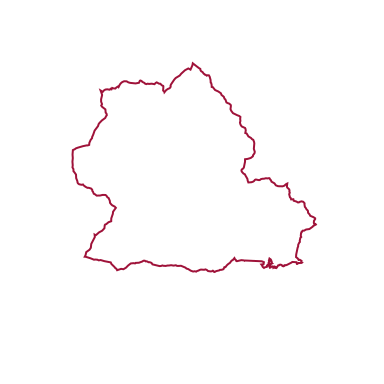 the district of Valea Doftanei, Prahova, Romania, rotated 301°
{"feature_id": "2599482B14208622579694", "entity_name": "Valea Doftanei", "entity_type": "district", "adm_level": 2, "iso_a3": "ROU", "parent_name": "Romania", "parent_adm1": "Prahova", "projection": "natural_earth1", "projection_center": [25.733, 45.364], "detail": "fine", "context": "isolated", "style": "outline", "palette": "rose", "viewbox_px": 384, "rotation_deg": 301, "n_neighbors": 0, "source": "geoboundaries", "source_scale": "gbopen_adm2", "svg_char_len": 6045}
<svg xmlns="http://www.w3.org/2000/svg" viewBox="0 0 384 384"><g transform="rotate(301 192 192)"><path d="M188.1,322.6L187.9,321.8L189.4,321.3L189.4,319.2L188.7,318.4L189.5,316.9L189.8,314.7L192.1,313.5L198.7,311.2L199.8,311.1L201.5,310.2L203.7,310.0L204.8,310.2L205.6,309.5L208.4,308.5L209.7,308.8L210.3,307.9L213.0,306.6L213.8,306.8L214.5,306.4L214.8,306.7L215.9,306.8L216.6,308.0L218.6,309.1L220.7,311.7L224.4,313.3L225.3,313.4L227.9,314.9L228.2,314.2L227.8,312.9L228.3,312.3L230.1,311.4L232.3,311.5L232.9,311.1L233.0,309.1L232.5,305.6L233.3,304.4L234.0,302.2L235.5,301.1L235.8,300.5L236.1,299.1L236.9,297.8L237.4,296.4L239.3,294.8L240.3,294.3L240.9,292.4L240.4,290.7L238.8,289.2L238.3,289.1L237.6,288.2L237.6,286.4L236.9,283.7L238.0,282.6L236.7,280.8L237.7,279.7L237.9,278.7L240.2,276.4L241.7,276.2L242.4,275.3L243.2,275.0L244.3,274.0L244.9,271.3L245.6,270.5L248.3,269.3L247.2,268.6L244.8,267.8L243.5,266.7L241.3,262.8L240.9,260.4L241.9,258.2L241.8,254.8L242.7,253.7L242.9,252.8L243.7,251.3L243.3,250.6L242.5,249.7L241.9,248.3L240.5,246.9L239.8,245.8L238.6,244.5L237.1,243.9L236.5,242.9L235.6,240.3L234.8,239.7L233.3,239.5L232.1,238.9L230.9,237.8L229.2,235.4L230.4,233.9L231.8,232.7L233.8,229.1L234.4,228.3L234.3,226.7L234.9,224.7L235.3,223.9L236.1,223.2L237.0,223.1L238.6,223.8L239.8,223.8L245.2,221.9L247.4,220.6L249.0,222.6L251.4,224.8L253.9,225.8L254.9,225.4L257.4,225.6L258.8,225.1L260.8,222.8L265.7,220.4L266.9,219.4L268.3,217.6L268.2,216.2L268.7,214.8L268.7,211.7L270.1,209.1L270.3,208.6L270.0,207.3L272.4,206.4L273.6,205.4L274.2,204.5L273.8,201.0L274.3,199.6L275.3,198.2L276.3,197.3L277.8,196.9L279.4,195.7L281.3,194.8L281.5,193.4L281.1,191.2L280.7,186.5L281.9,183.6L282.9,182.3L285.4,181.2L286.4,180.6L286.7,179.9L286.9,178.1L286.6,177.0L286.5,175.4L288.5,173.0L288.7,171.8L290.0,170.2L290.4,167.3L291.5,165.9L291.7,162.8L291.3,159.3L292.6,155.8L292.2,154.8L294.0,153.6L295.3,152.3L295.4,151.7L297.6,150.2L299.9,147.8L300.7,146.4L300.1,145.2L299.3,144.7L299.5,143.6L299.2,142.8L299.5,141.9L299.4,141.2L300.3,139.1L300.2,138.1L300.3,137.5L300.9,136.4L301.8,135.7L301.8,133.9L302.7,126.4L300.8,127.1L296.1,127.7L296.0,125.2L292.8,123.3L287.8,121.8L285.5,121.5L281.3,119.3L279.2,118.9L273.5,118.6L272.2,118.8L271.2,119.5L270.1,119.5L269.3,119.3L268.0,118.3L266.1,117.4L263.3,117.0L263.7,116.6L264.1,115.0L267.9,113.0L268.1,112.6L267.9,111.2L268.5,109.1L267.9,108.1L267.8,105.3L266.8,104.7L265.1,104.3L264.1,101.7L262.5,99.5L262.0,98.2L260.9,97.2L260.7,95.8L261.0,95.1L260.8,92.7L261.2,91.6L261.0,90.4L260.5,90.0L258.3,90.3L256.0,87.7L253.7,82.8L253.2,81.0L253.2,79.0L252.0,76.8L250.3,75.6L248.6,75.0L247.1,74.8L244.2,75.0L244.5,74.3L242.5,73.3L241.2,73.0L240.3,71.1L240.1,70.0L238.8,70.1L239.0,69.4L238.7,69.1L237.3,68.8L236.4,66.5L235.2,65.0L233.7,64.2L231.9,63.9L231.9,61.4L229.2,64.7L228.6,65.1L224.7,66.3L222.6,67.6L221.0,69.6L219.3,69.7L218.7,71.2L218.2,75.2L215.6,77.1L215.1,78.4L214.0,79.4L212.5,79.3L210.8,79.5L206.9,77.9L203.4,77.1L202.1,77.0L200.1,77.5L194.5,76.9L190.2,77.8L187.6,78.1L186.7,78.6L184.5,78.3L181.3,78.7L179.4,79.6L178.2,78.6L177.7,77.7L175.1,74.9L171.2,71.3L169.6,70.0L168.3,69.5L166.6,68.3L162.6,70.3L159.6,72.4L156.4,73.9L153.5,76.0L151.5,76.9L150.6,78.5L148.7,79.8L148.4,80.9L147.2,83.6L144.2,85.6L142.3,88.1L141.1,89.1L140.7,89.8L140.5,91.1L140.7,91.9L141.3,93.6L142.3,94.7L141.8,95.8L141.8,97.0L141.6,97.6L141.7,100.2L142.4,101.3L143.0,103.7L142.6,105.2L141.6,106.0L141.2,107.0L139.9,108.7L140.1,109.8L139.8,112.1L141.7,115.1L143.4,116.8L144.9,119.4L144.7,120.7L143.9,122.2L143.9,123.6L142.1,126.1L140.5,127.3L139.8,129.1L139.5,130.5L139.7,133.2L139.2,134.9L134.4,134.5L132.5,135.4L127.8,136.4L125.3,137.8L123.1,136.0L120.4,135.1L119.3,134.3L118.6,134.3L115.8,135.6L112.5,134.9L109.5,133.1L105.6,131.9L105.3,131.5L105.3,130.5L103.4,131.9L95.6,132.4L92.1,134.0L89.8,133.9L86.0,132.3L83.0,133.3L81.3,133.4L81.7,134.2L82.9,139.1L83.5,142.9L84.2,143.7L85.2,145.7L85.4,147.3L86.6,148.7L87.6,152.5L89.8,158.6L88.8,160.0L87.8,164.2L87.3,165.4L87.3,166.6L86.4,168.1L89.6,170.8L90.5,173.0L93.1,174.4L96.1,175.1L99.2,176.3L100.8,178.4L101.5,180.0L102.2,180.2L104.0,182.9L106.7,185.1L108.1,185.8L108.8,186.9L108.7,188.1L109.1,188.5L109.4,189.5L109.4,190.9L110.0,191.8L110.3,193.3L110.3,194.0L109.6,195.4L111.8,202.4L112.5,203.4L113.8,204.5L114.0,205.4L115.0,207.4L116.6,209.2L117.1,210.1L118.5,211.8L119.4,214.1L120.9,215.9L120.9,216.9L121.3,217.9L123.1,220.6L123.8,225.4L123.5,226.7L124.0,228.5L123.9,231.4L124.4,233.9L125.5,235.2L125.9,236.6L127.0,237.1L128.1,238.2L128.9,238.5L130.1,239.6L131.6,242.5L132.6,243.4L132.8,244.8L132.5,246.5L133.5,248.8L134.3,249.9L135.3,250.4L135.3,251.2L134.9,251.8L135.1,252.6L136.7,253.5L138.8,255.7L139.6,256.0L140.6,257.5L142.0,258.7L144.3,258.5L144.5,259.1L145.4,259.5L146.6,259.5L148.5,260.0L151.1,261.1L152.5,261.1L154.0,261.5L154.6,262.0L157.2,262.4L156.4,263.6L156.3,264.7L155.7,265.4L155.8,266.1L159.0,269.4L160.1,271.7L160.1,272.5L160.5,272.7L161.0,273.5L168.5,287.4L168.8,288.7L168.6,289.3L168.8,289.8L167.0,290.5L165.6,288.8L164.9,290.6L164.5,290.7L164.2,291.3L164.0,292.8L164.8,293.1L166.4,294.7L167.2,294.3L167.7,295.0L168.2,294.3L168.5,294.3L168.7,295.2L169.1,295.1L169.5,295.3L170.1,294.9L170.5,295.3L170.8,294.6L170.7,294.2L171.0,294.0L172.0,294.1L172.6,293.5L173.1,294.1L174.0,293.1L174.0,292.9L174.8,292.7L174.6,293.7L174.8,293.7L174.8,294.0L174.2,295.2L172.9,296.2L173.0,296.5L172.5,296.9L172.3,296.6L171.9,296.7L171.9,297.3L171.0,296.6L171.0,296.8L170.4,296.8L169.0,296.1L168.6,296.4L168.3,296.3L167.9,296.3L168.9,296.7L168.6,297.3L167.4,297.4L167.2,297.8L168.1,298.4L168.8,298.3L169.7,299.3L169.8,299.5L169.1,300.4L169.6,300.6L169.3,300.8L169.6,300.9L169.5,301.6L170.0,302.9L170.8,302.2L171.1,303.6L173.4,303.6L173.9,304.3L174.6,304.4L174.8,304.9L175.4,305.4L175.6,306.6L175.1,307.7L175.4,308.5L176.1,308.7L175.9,309.0L176.4,309.3L177.0,309.2L177.3,309.5L177.7,310.3L178.4,310.9L182.7,313.6L183.7,314.0L185.6,317.7L184.4,318.9L184.7,319.4L185.9,319.7L186.8,321.3L187.6,321.9L187.7,322.5L188.1,322.6Z" fill="none" stroke="#9f1239" stroke-width="2"/></g></svg>